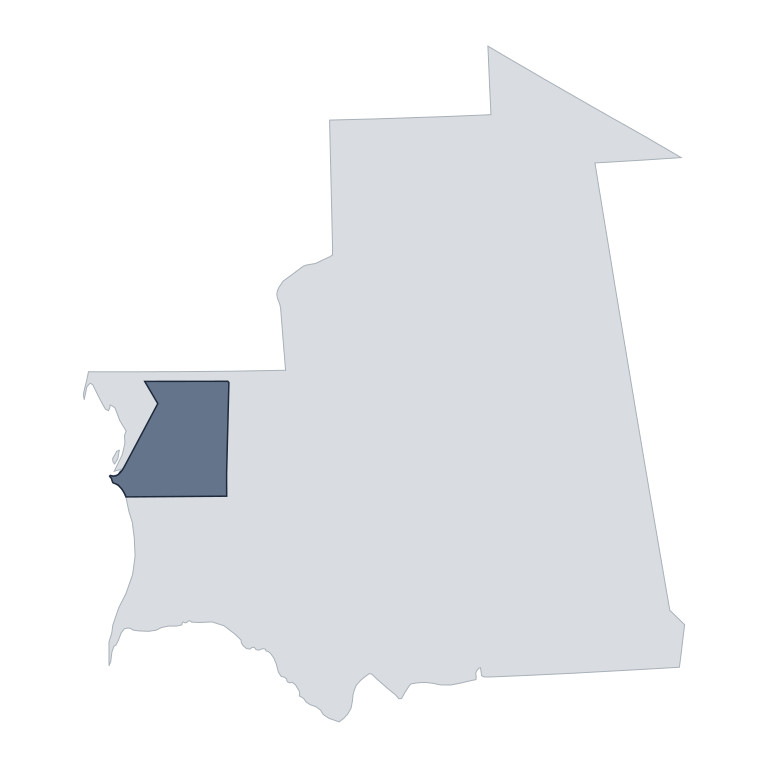 where Inchiri sits in Mauritania
{"feature_id": "MRT-2786", "entity_name": "Inchiri", "entity_type": "Region", "adm_level": 1, "iso_a3": "MRT", "parent_name": "Mauritania", "parent_adm1": "", "projection": "albers", "projection_center": [-15.985, 20.073], "detail": "fine", "context": "in_parent", "style": "filled", "palette": "slate", "viewbox_px": 768, "rotation_deg": 0, "n_neighbors": 0, "source": "natural_earth", "source_scale": "10m", "svg_char_len": 3775}
<svg xmlns="http://www.w3.org/2000/svg" viewBox="0 0 768 768"><path d="M330.0,718.7L328.9,718.3L323.3,714.6L320.5,710.1L316.1,706.8L310.0,704.6L306.1,702.0L304.2,699.1L301.9,697.2L299.6,696.2L299.3,695.2L299.9,693.7L299.2,691.0L295.6,685.0L292.3,682.3L289.5,682.8L287.9,682.1L286.9,680.8L286.5,678.9L284.5,677.2L281.2,676.5L278.4,672.1L276.3,664.0L273.6,657.6L270.3,653.1L268.0,651.4L266.3,651.1L265.7,650.4L265.2,649.1L262.7,648.6L259.2,650.1L256.1,649.7L254.5,647.4L252.3,647.3L249.6,649.1L246.6,648.6L243.2,645.8L241.4,642.9L241.0,640.0L235.2,634.3L224.1,625.8L212.0,621.9L199.0,622.5L191.7,622.1L190.1,620.8L188.5,620.9L186.9,622.5L185.2,622.9L183.4,622.0L182.3,622.7L181.8,624.9L177.2,626.0L168.5,626.1L161.5,627.5L156.1,630.2L148.6,631.3L138.7,630.9L132.8,630.0L130.8,628.4L128.0,628.0L124.3,628.8L121.1,633.1L118.2,640.8L115.8,645.2L113.9,646.3L111.9,652.0L110.7,661.6L109.0,665.8L109.0,641.9L111.8,632.9L112.8,625.1L118.8,607.7L126.0,593.5L132.6,574.6L135.1,556.2L134.3,538.3L132.3,522.3L129.0,511.8L125.8,496.5L121.2,488.4L112.6,481.4L110.6,477.2L112.6,475.7L117.9,474.7L121.2,469.2L114.2,471.3L122.4,454.5L124.9,443.0L124.5,435.5L126.1,430.9L119.9,420.8L115.1,408.1L112.6,406.1L110.1,405.0L109.8,408.0L108.4,410.7L105.4,409.1L100.2,399.8L92.8,384.8L90.3,383.2L88.1,385.3L86.7,387.2L84.2,399.7L83.4,394.8L84.5,388.9L86.4,381.7L88.5,371.7L94.9,371.8L106.3,371.8L129.2,371.8L140.7,371.8L163.6,371.7L175.0,371.7L197.9,371.5L209.4,371.4L232.3,371.2L243.7,371.0L266.6,370.6L278.0,370.4L285.6,370.3L285.0,363.2L284.6,357.6L283.9,350.0L283.3,342.4L282.7,334.9L282.2,327.8L281.6,320.8L281.1,314.2L280.6,308.2L279.9,304.7L277.4,297.9L276.8,294.4L277.4,290.8L278.9,287.4L283.2,281.1L289.8,276.2L297.5,270.5L303.2,266.2L306.2,265.1L315.4,263.5L322.5,260.1L329.5,256.9L332.4,255.1L332.6,249.3L329.6,120.1L363.9,119.2L372.9,119.0L436.0,116.9L445.0,116.6L490.9,114.7L490.7,108.6L490.3,99.9L489.7,88.0L489.2,76.0L488.3,54.9L487.9,46.1L497.1,51.6L515.7,62.5L525.1,67.9L543.7,78.8L562.5,89.6L581.3,100.4L590.7,105.8L600.1,111.1L609.5,116.5L619.0,121.8L637.9,132.5L645.9,137.0L658.1,144.2L669.6,150.8L681.1,157.6L664.0,158.7L641.3,160.2L625.8,161.1L609.8,162.1L594.9,162.9L596.9,175.0L599.0,188.2L601.2,201.4L603.3,214.6L605.5,227.7L612.0,267.3L614.1,280.6L616.3,293.8L618.5,307.0L620.7,320.2L625.1,346.6L627.3,359.8L629.5,373.0L631.7,386.2L633.9,399.5L636.1,412.7L640.6,439.1L642.8,452.3L645.0,465.5L647.3,478.8L649.5,492.0L651.8,505.2L654.0,518.4L656.3,531.6L660.8,558.0L663.1,571.2L665.3,584.4L667.6,597.6L669.8,610.3L676.4,616.7L684.6,624.7L683.1,636.9L681.4,651.4L679.4,667.2L657.9,668.5L636.8,669.7L584.1,672.6L573.6,673.2L520.8,675.7L510.3,676.1L489.9,677.0L483.8,676.9L481.6,675.7L480.5,667.7L478.7,668.3L476.7,670.7L475.7,673.4L476.2,676.7L476.0,679.6L469.3,681.0L460.2,683.2L450.6,685.0L440.8,684.9L437.4,684.3L433.9,683.4L426.1,682.5L421.9,682.5L417.0,682.9L411.4,683.8L409.6,685.3L405.5,691.5L401.5,698.6L398.8,698.7L395.6,694.9L387.0,687.9L376.5,678.7L371.8,674.1L369.3,673.6L364.5,677.1L360.5,680.5L356.3,685.2L354.4,689.7L353.0,694.9L352.4,701.1L351.0,708.3L347.6,714.2L343.5,718.6L340.4,720.8L339.3,721.9L330.0,718.7ZM117.8,458.8L114.6,464.0L113.1,462.0L112.6,458.6L115.5,453.7L116.8,451.2L119.3,450.3L117.8,458.8Z" fill="#d9dde1" stroke="#a8b0b8" stroke-width="1"/><path d="M126.0,496.9L124.5,493.4L122.3,489.7L119.3,486.2L118.4,485.3L118.2,485.2L118.0,484.8L117.6,484.7L117.1,484.6L116.7,484.4L115.8,483.8L113.8,483.2L113.0,482.8L112.6,482.1L111.8,479.9L111.6,478.9L111.1,477.9L110.1,477.0L109.6,476.2L110.3,475.4L113.2,476.2L116.0,475.8L118.5,474.4L120.3,472.1L120.5,472.4L122.3,470.1L125.2,465.0L157.8,403.6L144.7,381.4L227.9,381.3L228.9,382.7L226.6,473.3L226.6,481.4L226.7,496.2L224.7,496.2L126.0,496.9Z" fill="#64748b" stroke="#1e293b" stroke-width="1.5"/></svg>